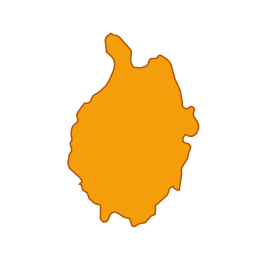 SVG path tracing the border of Tarn, rotated 250°
{"feature_id": "FRA-5346", "entity_name": "Tarn", "entity_type": "Metropolitan department", "adm_level": 1, "iso_a3": "FRA", "parent_name": "France", "parent_adm1": "", "projection": "robinson", "projection_center": [2.231, 43.789], "detail": "fine", "context": "isolated", "style": "filled", "palette": "amber", "viewbox_px": 256, "rotation_deg": 250, "n_neighbors": 0, "source": "natural_earth", "source_scale": "10m", "svg_char_len": 2046}
<svg xmlns="http://www.w3.org/2000/svg" viewBox="0 0 256 256"><g transform="rotate(250 128 128)"><path d="M90.6,64.6L91.9,63.2L93.6,66.8L97.7,65.8L110.0,59.4L113.2,59.2L116.1,59.8L122.9,63.7L125.1,66.4L126.9,67.8L132.5,68.1L133.6,68.6L136.2,71.3L142.2,72.6L147.0,75.2L148.9,77.2L150.9,82.0L151.0,82.7L153.4,83.7L157.8,84.2L160.0,86.3L166.2,95.4L165.2,98.2L165.3,100.5L166.4,102.4L168.5,104.1L170.2,106.2L172.3,114.8L175.0,121.1L178.9,126.4L186.9,134.0L191.6,137.0L196.3,138.2L200.6,137.1L206.7,133.8L218.6,136.7L221.2,139.2L222.8,144.2L220.4,146.0L218.5,149.3L217.4,150.3L216.1,151.1L201.1,157.0L199.0,157.2L197.8,156.9L191.9,154.0L190.7,153.7L189.1,153.4L187.2,153.3L184.0,153.7L182.7,154.4L182.2,155.5L182.0,156.5L181.7,157.5L180.4,159.4L180.1,160.4L180.2,162.6L179.9,164.8L180.0,166.0L180.3,167.1L181.0,168.2L182.0,169.2L184.1,170.9L184.9,172.0L185.4,173.4L184.3,176.4L184.1,176.9L184.0,177.0L183.9,177.6L184.0,178.7L184.3,179.6L184.8,180.6L185.2,181.1L185.5,181.6L185.6,182.3L184.9,183.7L181.1,186.8L177.9,188.8L175.2,189.8L174.2,190.0L172.6,190.1L158.1,188.9L145.2,189.8L133.5,187.7L130.7,186.8L129.1,186.9L127.8,187.5L126.9,188.4L126.2,189.4L125.9,190.4L126.0,191.4L126.6,193.6L126.6,194.7L126.0,195.7L124.6,196.7L123.4,196.8L122.2,196.5L119.8,194.6L117.7,193.8L115.8,194.0L110.7,195.1L108.9,195.3L107.2,195.3L105.9,195.1L104.7,194.8L103.5,194.2L99.2,190.2L98.3,187.3L98.5,184.6L99.5,182.4L101.2,181.0L102.1,179.4L100.8,177.3L98.5,175.6L96.4,175.2L95.0,175.9L92.5,179.4L90.0,180.6L88.0,180.1L84.3,176.8L80.0,174.2L78.7,173.1L72.8,165.5L70.4,163.7L66.1,162.5L52.1,154.8L53.1,152.9L54.4,151.6L55.9,150.7L57.7,150.3L57.4,147.6L56.3,145.9L53.0,143.3L51.3,141.3L46.4,129.1L46.2,127.4L41.8,125.9L37.5,123.7L37.4,119.5L33.2,111.8L34.2,106.0L34.1,104.5L33.2,100.7L33.7,99.1L35.2,98.3L41.2,98.6L42.6,97.9L45.8,93.5L51.4,89.5L53.6,86.9L53.8,83.4L52.0,81.0L49.2,78.5L47.4,75.6L48.3,72.4L52.1,71.0L64.6,75.7L65.8,74.8L68.0,71.5L69.3,70.4L75.0,67.3L77.6,67.5L81.2,67.4L84.9,64.3L90.6,64.6Z" fill="#f59e0b" stroke="#b45309" stroke-width="1.5"/></g></svg>